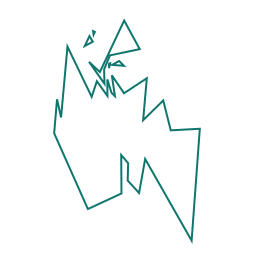 the border of Highland, rotated 95°
{"feature_id": "GBR-2745", "entity_name": "Highland", "entity_type": "Unitary District", "adm_level": 1, "iso_a3": "GBR", "parent_name": "United Kingdom", "parent_adm1": "", "projection": "natural_earth1", "projection_center": [-5.279, 57.587], "detail": "coarse", "context": "isolated", "style": "outline", "palette": "teal", "viewbox_px": 256, "rotation_deg": 95, "n_neighbors": 0, "source": "natural_earth", "source_scale": "10m", "svg_char_len": 732}
<svg xmlns="http://www.w3.org/2000/svg" viewBox="0 0 256 256"><g transform="rotate(95 128 128)"><path d="M105.6,201.2L123.3,195.6L52.2,195.4L100.1,166.9L84.1,163.1L97.8,151.3L81.4,152.8L94.4,147.5L97.4,143.8L76.9,148.7L93.7,135.0L76.8,113.6L118.9,113.6L97.5,95.3L126.6,85.2L122.5,56.4L234.7,54.8L157.4,108.2L191.8,111.3L180.4,123.7L163.0,124.8L155.5,132.4L193.8,128.8L212.2,160.9L139.7,201.1L105.6,201.2ZM74.7,160.9L21.3,141.2L48.4,123.2L57.2,152.3L71.6,156.9L86.0,155.3L65.5,172.6L74.7,160.9ZM45.1,170.6L50.1,178.2L39.8,174.4L45.1,170.6ZM66.5,149.2L62.0,142.7L66.4,137.5L66.5,149.2ZM70.0,152.2L65.5,152.4L65.1,151.4L70.0,152.2ZM34.5,171.2L35.2,169.4L37.9,170.4L34.5,171.2Z" fill="none" stroke="#0f766e" stroke-width="2"/></g></svg>